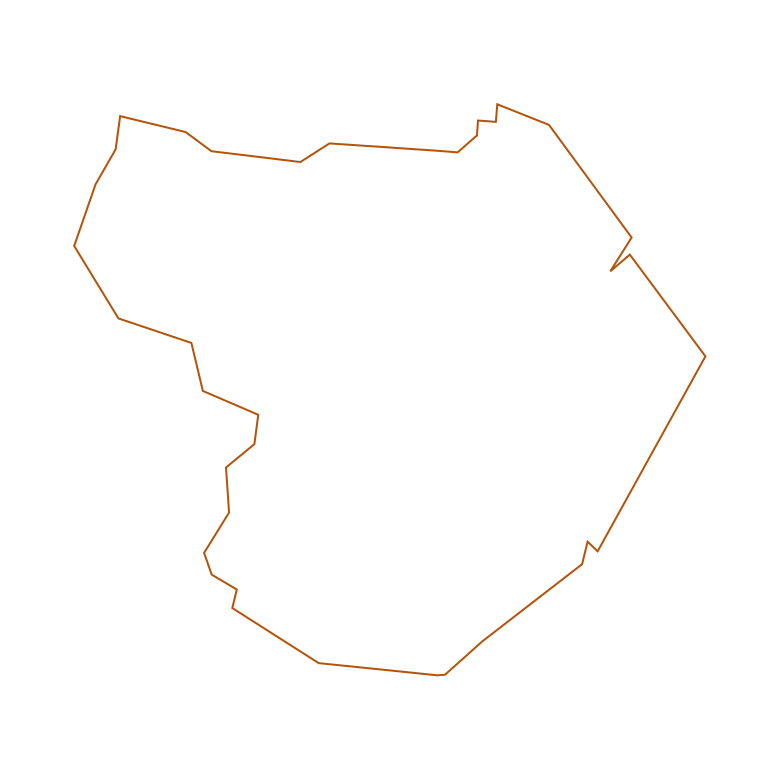 outline of Lumpkin, Georgia, United States of America, rotated 274°
{"feature_id": "52423323B56072812180276", "entity_name": "Lumpkin", "entity_type": "district", "adm_level": 2, "iso_a3": "USA", "parent_name": "United States of America", "parent_adm1": "Georgia", "projection": "natural_earth1", "projection_center": [-83.992, 34.58], "detail": "fine", "context": "isolated", "style": "outline", "palette": "amber", "viewbox_px": 768, "rotation_deg": 274, "n_neighbors": 0, "source": "geoboundaries", "source_scale": "gbopen_adm2", "svg_char_len": 629}
<svg xmlns="http://www.w3.org/2000/svg" viewBox="0 0 768 768"><g transform="rotate(274 384 384)"><path d="M101.0,338.3L97.1,457.3L98.2,465.1L134.2,500.1L218.1,594.2L240.9,598.1L232.0,608.8L434.0,702.7L530.2,620.2L512.2,601.9L547.4,620.8L654.0,530.5L670.9,477.5L653.3,477.3L653.4,459.4L638.2,459.4L637.4,458.3L620.2,441.3L620.4,421.4L620.2,312.8L599.6,285.1L604.2,195.6L621.5,168.5L632.8,102.1L599.3,99.9L563.0,82.3L500.1,65.3L430.9,114.5L411.5,189.0L364.4,203.8L344.5,260.7L315.0,258.9L289.7,232.2L244.9,238.4L203.0,216.3L181.8,225.4L168.7,251.5L149.9,248.3L101.0,338.3Z" fill="none" stroke="#b45309" stroke-width="2"/></g></svg>